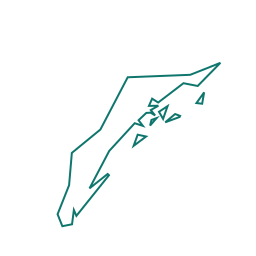 the border of Tanintharyi, rotated 231°
{"feature_id": "MMR-3279", "entity_name": "Tanintharyi", "entity_type": "Division", "adm_level": 1, "iso_a3": "MMR", "parent_name": "Myanmar", "parent_adm1": "", "projection": "orthographic", "projection_center": [98.437, 12.445], "detail": "coarse", "context": "isolated", "style": "outline", "palette": "teal", "viewbox_px": 256, "rotation_deg": 231, "n_neighbors": 0, "source": "natural_earth", "source_scale": "10m", "svg_char_len": 755}
<svg xmlns="http://www.w3.org/2000/svg" viewBox="0 0 256 256"><g transform="rotate(231 128 128)"><path d="M105.3,19.0L120.6,46.2L144.0,68.7L144.2,105.6L167.6,159.7L130.2,209.8L120.5,240.8L116.8,208.6L127.9,199.3L128.8,167.5L135.6,165.2L132.0,158.2L126.2,165.6L127.6,157.0L120.7,157.0L125.7,155.2L128.2,151.7L127.4,141.1L120.3,140.9L127.5,136.2L122.0,99.0L105.3,60.1L105.1,83.2L103.3,83.5L92.2,32.6L98.3,34.3L88.4,23.9L93.0,15.2L105.3,19.0ZM110.6,121.2L116.7,131.3L110.0,136.7L110.6,121.2ZM113.0,161.0L121.1,162.3L120.1,172.5L113.0,161.0ZM109.0,160.5L109.2,173.4L104.6,176.1L104.1,175.0L109.0,160.5ZM119.5,151.3L117.7,156.5L116.0,146.7L119.5,151.3ZM104.3,196.9L107.8,209.6L100.2,200.9L104.3,196.9Z" fill="none" stroke="#0f766e" stroke-width="2"/></g></svg>